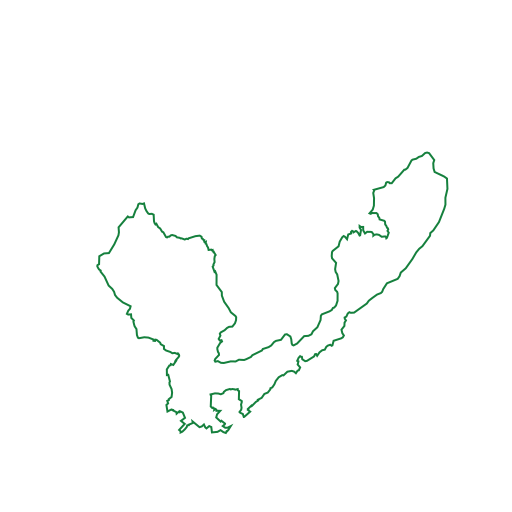 the district of Ocna Sugatag, Maramures, Romania, rotated 127°
{"feature_id": "2599482B76843829186540", "entity_name": "Ocna Sugatag", "entity_type": "district", "adm_level": 2, "iso_a3": "ROU", "parent_name": "Romania", "parent_adm1": "Maramures", "projection": "robinson", "projection_center": [23.858, 47.763], "detail": "fine", "context": "isolated", "style": "outline", "palette": "green", "viewbox_px": 512, "rotation_deg": 127, "n_neighbors": 0, "source": "geoboundaries", "source_scale": "gbopen_adm2", "svg_char_len": 6123}
<svg xmlns="http://www.w3.org/2000/svg" viewBox="0 0 512 512"><g transform="rotate(127 256 256)"><path d="M301.6,382.2L315.8,383.0L319.6,379.7L322.3,378.3L332.0,376.2L342.2,375.2L345.4,378.9L350.5,381.0L357.0,376.4L358.7,377.1L359.6,376.7L360.4,375.3L361.2,373.2L361.1,371.3L362.0,370.8L363.6,364.6L368.3,355.9L368.8,351.0L370.0,347.8L372.0,345.1L372.9,341.8L373.2,334.4L371.6,325.9L374.0,324.9L376.5,325.1L379.9,324.3L379.7,322.8L377.8,320.7L380.5,318.3L381.0,314.7L382.2,314.4L384.1,312.1L385.2,310.6L386.3,307.5L390.8,303.5L392.3,301.1L392.1,300.0L388.1,296.3L385.9,292.8L384.4,287.6L385.4,286.9L384.6,285.5L383.3,285.9L382.8,284.9L382.9,280.4L383.8,279.0L383.3,275.3L385.6,273.6L385.6,271.0L384.2,266.7L384.0,264.3L382.3,262.6L381.7,260.4L380.8,259.9L380.7,259.4L381.4,259.0L381.2,258.1L382.0,257.2L383.4,257.0L387.1,257.3L388.2,257.2L388.0,256.7L392.8,256.5L393.5,259.0L394.7,258.5L395.6,259.3L400.2,259.0L404.7,255.5L403.7,254.6L408.0,249.2L409.1,249.0L410.8,247.6L413.1,243.3L415.7,240.7L419.4,238.6L422.9,239.5L423.6,238.9L425.1,239.7L426.6,237.5L428.9,237.9L433.5,233.1L429.5,231.2L429.0,229.9L429.4,229.9L428.6,225.6L429.7,224.5L426.2,223.8L426.5,222.9L425.6,222.8L425.1,220.2L428.0,215.3L432.8,216.7L433.0,211.9L441.2,212.7L441.4,210.6L442.3,210.0L440.6,209.1L437.1,208.5L434.2,208.4L432.7,209.0L431.6,207.9L431.2,208.2L427.3,205.9L426.3,207.1L426.7,198.1L424.7,196.7L421.9,196.2L423.4,193.4L423.5,191.8L420.0,191.0L419.5,188.8L423.4,185.0L419.6,180.9L416.4,179.5L416.3,176.1L415.5,173.6L413.7,174.0L413.6,173.6L411.5,173.4L407.1,173.8L410.3,175.4L411.7,177.2L411.8,180.2L409.3,179.6L408.5,179.9L408.4,184.5L409.5,184.6L408.9,190.6L405.9,191.8L401.2,191.4L403.4,194.4L402.8,194.8L402.5,196.2L403.9,196.7L403.2,197.0L402.9,197.9L403.3,198.3L403.0,199.2L403.7,199.6L403.4,201.6L394.1,208.0L394.3,208.5L393.9,209.0L390.4,206.1L388.5,203.3L387.6,200.9L385.2,199.5L383.8,199.9L381.1,199.2L377.9,196.8L377.8,195.9L376.5,194.9L375.4,192.9L375.3,192.2L373.3,190.5L374.2,189.7L374.1,188.2L380.7,183.5L380.4,180.1L381.1,179.5L383.7,178.5L385.9,176.2L387.7,175.3L390.5,175.3L390.7,174.2L390.1,171.4L391.9,168.9L391.6,168.6L383.8,167.0L383.8,169.9L383.0,169.9L382.9,170.4L378.2,169.6L378.4,169.1L378.0,169.0L372.6,168.3L370.1,167.3L369.7,168.0L365.9,166.1L361.1,166.3L358.0,164.4L353.9,164.3L353.0,164.9L351.1,163.9L347.4,164.1L343.9,165.0L339.2,164.9L335.3,163.3L334.8,162.2L329.5,161.3L326.2,158.3L325.4,156.0L325.6,153.6L322.6,153.8L321.5,153.0L318.4,153.7L317.6,157.4L314.6,158.7L314.9,160.0L311.6,160.7L309.5,160.5L309.6,159.8L308.9,158.7L310.6,156.9L310.5,155.1L310.4,153.4L309.1,152.2L301.3,149.2L298.8,149.7L298.1,149.0L298.9,147.1L294.7,147.3L291.4,146.4L289.4,144.7L286.2,145.2L284.3,144.7L282.2,143.3L282.2,141.6L281.4,141.2L277.0,143.0L270.5,138.4L268.7,137.7L266.6,138.0L265.7,140.6L263.4,143.4L258.7,143.3L255.9,145.2L253.3,145.4L252.7,147.3L251.8,148.2L250.0,147.4L246.7,148.1L244.7,147.6L244.3,146.1L242.2,143.6L227.3,138.9L223.8,139.0L219.7,137.9L213.9,136.1L210.5,134.0L208.7,133.7L205.8,134.5L199.0,135.0L189.0,129.1L185.7,129.2L182.1,130.4L175.7,129.0L164.3,129.3L156.7,130.2L152.0,130.0L148.0,129.0L135.1,129.2L132.8,130.6L128.9,129.8L118.8,130.3L105.0,134.1L101.0,135.6L95.5,139.8L87.2,143.5L79.2,150.1L79.3,153.6L81.4,163.9L79.2,166.9L75.2,170.3L72.1,171.4L69.7,179.6L70.4,181.6L72.0,182.9L76.3,183.7L78.9,185.6L81.8,186.5L84.9,189.0L86.2,189.3L94.5,188.0L97.2,188.7L97.8,189.5L107.1,190.2L110.0,191.3L116.2,191.4L117.4,193.0L117.1,194.1L118.0,195.7L119.1,196.2L121.8,195.1L124.1,195.5L132.2,201.7L132.3,201.1L135.1,200.3L138.8,196.5L144.9,192.1L148.7,190.7L153.6,191.0L153.3,189.8L151.7,189.0L149.2,185.6L149.4,183.9L150.9,182.3L151.2,180.7L152.4,179.3L150.7,174.8L150.9,173.7L153.1,171.7L153.4,170.3L154.6,168.3L154.5,167.4L155.2,166.4L156.8,166.1L157.5,164.0L162.6,162.4L163.4,162.6L162.6,163.6L162.6,164.6L165.0,167.2L165.1,170.5L166.1,172.6L167.7,174.1L169.1,174.5L168.0,175.2L167.2,177.8L167.5,178.6L169.8,181.8L172.4,182.5L171.0,185.8L168.3,187.9L169.7,189.7L169.7,191.3L171.0,190.3L172.0,187.8L176.8,185.3L177.3,185.6L176.1,188.2L175.7,190.7L175.9,191.3L178.5,192.4L177.9,193.4L178.1,194.4L179.7,194.6L180.8,193.6L183.3,195.3L187.8,193.4L187.1,196.5L187.3,198.0L189.1,198.4L194.1,197.8L198.6,195.9L205.8,197.8L207.2,197.6L210.5,195.5L212.1,193.8L213.3,187.9L218.9,184.9L220.8,182.8L221.8,180.1L226.3,175.0L229.0,173.7L234.2,173.7L235.4,172.3L235.8,169.6L236.8,168.3L242.7,163.9L247.4,162.3L250.1,162.5L251.3,163.3L253.5,163.0L256.0,164.0L263.0,168.3L264.7,168.2L268.3,165.9L276.0,164.1L281.8,165.2L285.2,164.6L288.2,166.1L291.0,169.3L301.2,170.5L304.8,172.2L305.1,173.4L304.4,174.8L301.3,177.7L299.6,180.1L299.9,184.3L301.3,185.6L307.9,185.6L311.8,189.0L313.9,189.8L318.3,190.0L321.2,191.1L326.2,194.6L327.9,194.4L337.4,199.2L339.7,199.3L344.3,201.7L346.2,202.9L349.1,207.2L352.5,208.8L355.3,212.7L360.8,217.3L362.4,219.7L362.9,223.2L364.9,224.9L364.4,226.1L362.7,226.6L357.3,226.0L356.0,227.2L355.5,228.6L353.7,230.8L352.5,231.7L346.9,232.3L344.7,231.7L344.0,232.9L345.3,234.1L344.7,235.9L341.0,236.5L339.9,238.1L338.3,238.2L334.2,236.4L330.8,235.8L328.8,234.9L326.6,232.4L322.4,232.3L319.3,233.3L316.8,235.0L316.3,236.3L316.1,242.2L314.1,246.4L311.7,253.9L308.2,259.4L305.4,261.6L302.9,270.1L294.7,276.2L292.8,279.4L293.6,279.6L290.6,284.2L289.1,284.2L288.4,284.9L285.8,285.4L283.4,287.5L281.0,288.8L279.5,288.8L278.5,291.4L278.6,292.1L277.9,292.5L278.0,293.6L277.3,294.3L278.0,294.8L277.8,295.5L279.7,297.5L278.1,299.4L277.5,301.1L276.3,302.8L276.4,303.7L275.0,304.5L275.8,304.8L275.8,305.8L274.5,306.8L274.9,307.3L274.4,308.7L274.6,309.8L273.4,311.1L273.6,313.2L276.6,316.3L282.5,320.5L283.4,320.5L284.1,322.0L285.7,322.8L286.7,326.1L287.3,326.7L287.4,327.9L288.7,330.4L288.4,332.3L289.7,335.6L290.9,336.5L292.7,336.8L293.4,337.8L294.7,338.2L295.0,339.3L292.8,344.3L293.1,345.6L291.7,349.1L291.8,351.5L290.2,355.0L291.3,355.3L290.7,356.9L289.6,358.4L284.6,362.6L285.0,364.6L286.7,366.5L286.9,367.7L286.0,370.5L284.7,373.1L281.4,377.1L282.7,377.9L284.1,380.6L285.5,381.1L288.7,379.8L291.9,379.7L298.9,377.6L301.6,380.7L301.6,382.2Z" fill="none" stroke="#15803d" stroke-width="2"/></g></svg>